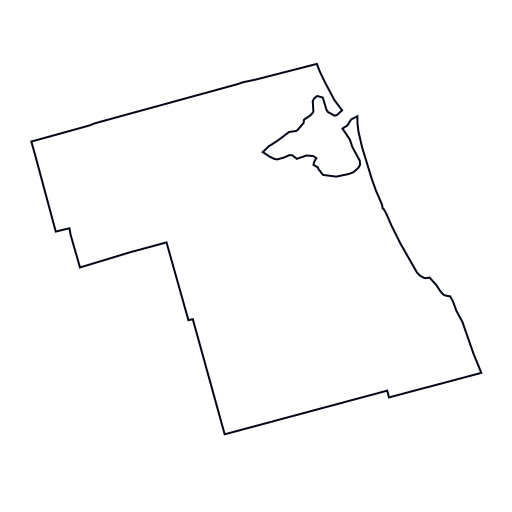 the district of Grays Harbor, Washington, United States of America, rotated 165°
{"feature_id": "52423323B85210970682519", "entity_name": "Grays Harbor", "entity_type": "district", "adm_level": 2, "iso_a3": "USA", "parent_name": "United States of America", "parent_adm1": "Washington", "projection": "orthographic", "projection_center": [-123.98, 47.162], "detail": "fine", "context": "isolated", "style": "outline", "palette": "ink", "viewbox_px": 512, "rotation_deg": 165, "n_neighbors": 0, "source": "geoboundaries", "source_scale": "gbopen_adm2", "svg_char_len": 1336}
<svg xmlns="http://www.w3.org/2000/svg" viewBox="0 0 512 512"><g transform="rotate(165 256 256)"><path d="M332.4,91.9L164.1,92.0L164.2,85.0L68.6,84.8L71.2,105.3L73.7,139.0L76.7,151.5L77.5,161.3L78.9,166.8L82.6,168.4L85.0,170.2L87.1,174.4L89.2,180.9L93.9,190.2L98.2,190.7L99.4,191.4L102.9,194.8L104.8,198.4L113.2,230.3L117.3,250.6L119.2,263.2L120.4,268.1L121.3,269.1L121.0,273.3L123.2,288.0L124.2,300.2L125.4,333.4L124.8,350.0L123.7,357.7L121.9,364.8L128.7,363.3L134.1,358.4L139.5,356.7L135.2,344.2L134.7,336.2L131.1,321.1L131.8,317.3L134.2,314.7L140.3,311.7L145.2,311.2L157.9,311.9L170.3,317.0L173.3,324.1L173.2,325.5L176.9,329.1L175.4,331.9L172.4,335.0L174.8,337.7L181.2,340.0L191.4,339.3L194.9,343.9L197.7,344.8L203.2,343.9L210.6,343.8L213.4,345.2L217.5,348.8L221.3,353.2L222.6,354.6L215.4,358.6L205.3,361.8L192.0,367.2L185.1,366.4L183.3,366.9L175.6,372.2L174.3,375.3L167.2,377.7L164.0,379.7L163.1,381.0L161.2,390.6L159.3,393.0L157.7,393.8L155.5,394.7L150.5,391.8L150.1,379.0L149.2,376.4L143.8,371.2L141.5,371.2L135.1,374.4L139.9,386.2L144.5,406.3L146.7,418.1L147.5,425.8L211.0,426.5L223.8,427.2L228.7,426.8L377.0,425.9L383.2,425.2L443.4,424.7L443.2,409.2L443.2,404.4L443.1,331.4L429.0,331.1L429.6,324.9L429.0,290.5L376.7,292.2L338.9,292.3L337.9,211.5L333.4,211.3L332.4,91.9Z" fill="none" stroke="#020617" stroke-width="2"/></g></svg>